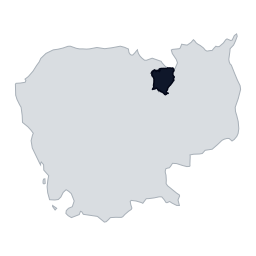 location of Thala Barivat, Stœng Trêng, Cambodia
{"feature_id": "14789045B9277653142269", "entity_name": "Thala Barivat", "entity_type": "district", "adm_level": 2, "iso_a3": "KHM", "parent_name": "Cambodia", "parent_adm1": "Stœng Trêng", "projection": "albers", "projection_center": [105.709, 13.631], "detail": "fine", "context": "in_parent", "style": "filled", "palette": "ink", "viewbox_px": 256, "rotation_deg": 0, "n_neighbors": 0, "source": "geoboundaries", "source_scale": "gbopen_adm2", "svg_char_len": 6106}
<svg xmlns="http://www.w3.org/2000/svg" viewBox="0 0 256 256"><path d="M236.6,33.9L237.2,36.3L235.5,40.9L233.6,45.0L230.1,48.7L229.9,51.3L228.8,59.3L229.2,61.8L230.1,64.0L231.3,65.1L234.4,72.9L237.3,79.9L240.1,85.7L240.6,89.4L238.2,98.7L235.2,107.3L235.5,111.5L236.8,115.8L238.2,121.5L238.8,128.7L238.1,133.5L236.8,136.4L234.2,139.5L232.0,141.0L229.2,138.5L227.1,138.4L224.2,139.2L221.9,140.4L217.3,144.8L212.2,149.2L205.1,150.3L202.3,153.5L199.3,154.0L193.7,154.2L190.0,154.9L190.2,156.5L189.9,164.1L190.0,165.9L189.4,166.4L186.9,166.6L182.6,165.5L176.7,163.6L172.5,163.3L170.4,166.6L169.1,167.9L167.6,168.1L165.9,168.7L165.4,170.2L165.2,172.0L166.0,175.2L166.3,180.2L166.1,183.6L167.6,185.8L176.6,193.1L179.3,194.9L179.6,196.0L178.0,199.9L179.4,205.5L176.6,205.4L171.9,203.0L169.7,201.5L167.0,202.7L166.0,202.5L164.2,199.7L161.8,196.9L159.3,196.8L154.1,197.9L148.7,198.6L146.7,198.6L145.9,199.1L142.8,203.3L141.5,202.6L136.1,201.0L131.2,200.4L130.2,201.4L130.8,204.8L131.9,208.1L131.2,209.5L128.5,211.3L124.9,214.4L122.7,216.8L121.2,217.4L115.8,217.3L110.4,217.6L108.2,219.9L106.2,221.7L104.4,222.1L97.4,216.4L83.3,214.3L81.8,211.8L80.5,211.3L79.2,214.6L71.4,217.6L68.2,215.7L65.9,213.4L66.3,210.6L68.5,208.3L72.3,206.7L74.2,201.0L71.3,193.6L68.8,191.4L66.1,189.7L63.2,192.4L60.8,197.1L58.3,199.5L54.8,200.0L49.6,199.7L47.7,192.7L47.1,186.7L47.9,179.8L48.7,175.7L43.8,170.1L43.6,164.7L41.3,162.0L40.6,163.3L40.6,164.9L39.9,163.8L32.3,148.0L31.1,140.7L32.5,135.1L33.3,133.3L31.1,130.3L28.0,126.9L22.5,122.4L22.2,115.5L21.1,107.3L19.5,104.5L17.0,99.4L15.7,95.2L15.4,84.2L16.1,83.3L20.0,83.1L25.1,82.3L25.9,80.6L25.0,79.1L28.3,76.6L33.0,71.2L36.6,65.5L39.2,61.9L40.8,58.4L46.0,53.4L53.2,49.9L58.1,49.2L63.1,48.0L68.0,46.3L70.3,46.2L76.3,48.3L79.5,48.9L82.9,48.9L86.4,49.1L89.5,48.9L96.9,47.5L104.7,48.7L111.7,47.8L120.3,46.2L124.5,47.3L128.4,49.0L128.9,52.3L129.8,53.9L131.1,55.0L132.8,55.0L135.0,52.7L136.9,50.3L137.5,49.8L137.6,51.0L138.5,53.7L140.1,56.2L141.8,58.0L144.5,60.2L146.3,60.3L152.2,58.2L161.1,61.3L162.1,62.9L165.0,66.1L168.1,68.4L175.0,68.5L177.5,62.9L176.3,59.5L172.3,53.5L171.3,50.0L172.5,49.4L179.2,48.7L180.2,48.0L181.7,44.2L183.5,44.6L187.2,45.1L191.1,42.4L193.4,39.7L194.7,40.9L196.1,42.8L197.6,44.0L200.4,45.6L203.5,48.0L205.4,50.3L207.0,51.1L210.9,50.5L212.0,50.6L214.3,47.8L215.9,46.2L217.2,46.7L219.2,46.6L223.4,43.0L225.7,39.8L227.0,38.9L230.7,40.5L232.2,40.1L234.3,35.6L236.6,33.9ZM45.2,183.4L44.4,183.8L43.7,183.8L43.0,183.1L43.1,180.6L43.6,179.1L44.9,178.8L45.2,183.4ZM56.7,208.3L55.1,210.0L52.6,206.5L52.6,205.5L56.7,208.3Z" fill="#d9dde1" stroke="#a8b0b8" stroke-width="1"/><path d="M152.6,89.4L152.8,89.3L152.9,89.2L153.9,89.1L154.3,89.0L154.6,89.0L154.7,88.9L154.8,88.9L155.1,88.8L155.2,88.7L155.5,88.6L155.8,88.3L155.9,88.2L156.0,88.2L156.4,88.0L156.5,88.0L156.7,88.3L156.8,88.3L157.0,88.5L157.3,88.7L157.4,88.8L157.5,88.9L157.6,89.0L157.7,89.3L157.8,89.4L157.8,89.5L158.1,89.8L158.1,90.0L158.3,90.2L158.5,90.2L158.7,90.3L158.8,90.3L158.9,90.2L159.0,90.2L159.0,90.3L159.3,90.4L159.3,90.5L159.4,90.4L159.5,90.5L159.8,90.5L160.0,90.6L159.9,90.8L160.1,90.8L160.3,90.9L160.4,91.0L160.5,91.2L160.6,91.3L160.6,91.5L160.8,91.5L161.1,91.6L161.3,91.7L161.4,91.8L161.5,91.7L161.7,91.9L161.8,91.9L162.2,92.1L162.4,92.2L162.7,92.3L162.8,92.4L162.9,92.5L163.0,92.5L163.1,92.8L163.4,92.9L163.5,93.0L163.7,93.3L163.9,93.5L164.0,93.6L164.3,93.6L164.3,93.8L164.5,94.0L164.6,94.3L165.1,94.5L165.3,94.7L165.6,94.6L166.2,94.3L166.3,94.2L166.5,94.0L166.7,93.9L167.0,93.4L167.4,93.3L167.5,93.3L167.8,93.3L168.1,93.3L168.1,93.2L167.6,93.0L167.3,92.9L166.9,92.7L166.6,92.6L166.4,92.4L166.3,92.0L166.3,91.7L166.3,91.4L166.4,91.2L166.5,91.0L166.7,90.8L167.0,90.4L167.3,90.0L167.4,89.7L167.7,88.4L167.8,88.0L168.6,86.8L168.9,86.6L169.1,86.3L169.2,86.2L169.4,85.9L169.6,85.6L170.0,85.3L170.3,85.1L170.7,84.6L171.0,84.2L171.1,83.9L171.3,83.7L172.0,82.9L172.6,82.0L172.6,81.9L172.7,81.7L172.8,81.4L173.1,80.9L173.2,80.7L173.3,80.5L173.5,80.6L173.5,80.8L173.6,80.7L173.8,80.5L173.8,80.3L173.7,79.9L173.7,79.6L173.7,78.9L173.6,78.6L173.4,78.3L173.4,78.1L173.5,77.9L174.0,77.5L174.1,77.3L174.2,77.2L174.2,76.9L173.9,76.5L173.5,76.1L173.3,75.7L173.2,75.5L172.9,74.8L172.8,74.4L172.8,74.1L172.8,73.7L172.9,73.3L172.9,72.6L173.0,72.1L173.5,71.5L173.8,71.0L173.9,70.7L174.0,70.4L174.0,70.1L174.0,69.8L173.8,69.5L173.6,69.2L173.2,68.7L172.9,68.2L172.8,68.3L172.7,68.2L172.4,68.1L172.0,68.1L171.9,68.1L171.8,68.3L171.7,68.4L171.0,68.3L170.7,68.1L170.4,68.0L169.9,67.9L168.8,68.1L168.5,68.1L168.4,68.1L167.9,67.8L167.7,68.0L167.2,68.3L166.9,68.4L166.6,68.5L166.3,68.5L165.8,68.4L164.9,68.4L164.3,68.5L163.4,68.4L162.5,68.5L161.9,68.4L161.4,68.5L160.5,68.6L160.1,68.7L159.9,68.7L159.8,68.8L159.7,68.9L159.6,69.0L159.4,69.3L159.5,69.4L159.5,69.5L159.5,69.9L159.7,70.0L159.8,70.2L160.0,70.2L160.0,70.3L160.0,70.5L159.9,70.8L159.7,70.9L159.4,70.9L159.3,71.1L159.2,71.1L159.0,70.8L159.0,71.0L158.9,70.9L158.8,71.0L158.7,71.1L158.4,70.8L158.3,70.7L158.2,70.7L157.9,70.5L157.7,70.6L157.4,70.8L157.1,70.7L157.1,70.8L156.9,70.8L156.7,70.8L156.5,71.0L156.5,70.9L156.4,71.0L156.3,71.3L156.2,71.3L155.9,71.1L155.7,71.0L155.6,70.9L155.5,70.7L155.4,70.7L155.3,70.4L155.1,70.3L154.9,70.3L154.8,70.1L154.7,70.2L154.3,70.0L154.2,70.1L154.0,70.3L153.9,70.3L153.7,70.4L153.7,70.5L153.4,70.7L153.3,70.8L153.2,70.8L153.2,71.0L153.0,70.9L152.9,71.0L152.9,70.9L152.9,71.0L152.6,71.2L152.4,71.4L152.2,71.4L152.1,71.5L152.0,71.8L151.9,72.0L151.8,72.3L151.7,72.5L151.8,72.6L151.7,72.7L151.8,72.7L151.8,72.9L151.8,73.0L152.0,73.1L152.0,73.3L152.1,73.5L151.9,73.7L151.9,73.9L152.0,73.9L152.1,74.1L152.1,74.3L152.0,74.5L151.9,74.6L151.8,74.8L151.9,75.0L151.9,75.3L152.0,75.4L152.1,75.5L152.3,76.1L152.6,76.2L152.7,76.3L152.9,76.4L153.0,76.5L153.1,77.0L153.6,77.8L153.9,78.6L153.9,79.1L154.0,79.4L154.1,79.6L154.1,79.9L154.2,80.3L154.0,80.5L154.0,80.8L153.9,80.9L153.9,81.1L154.0,81.4L154.0,81.6L153.9,82.8L153.8,83.4L153.7,84.3L153.7,84.6L153.5,85.1L153.7,86.0L153.7,86.8L153.7,87.1L153.7,87.4L153.6,87.6L153.2,88.0L153.0,88.3L152.7,88.7L152.7,88.9L152.6,89.1L152.5,89.3L152.6,89.4Z" fill="#0f172a" stroke="#020617" stroke-width="1.5"/></svg>